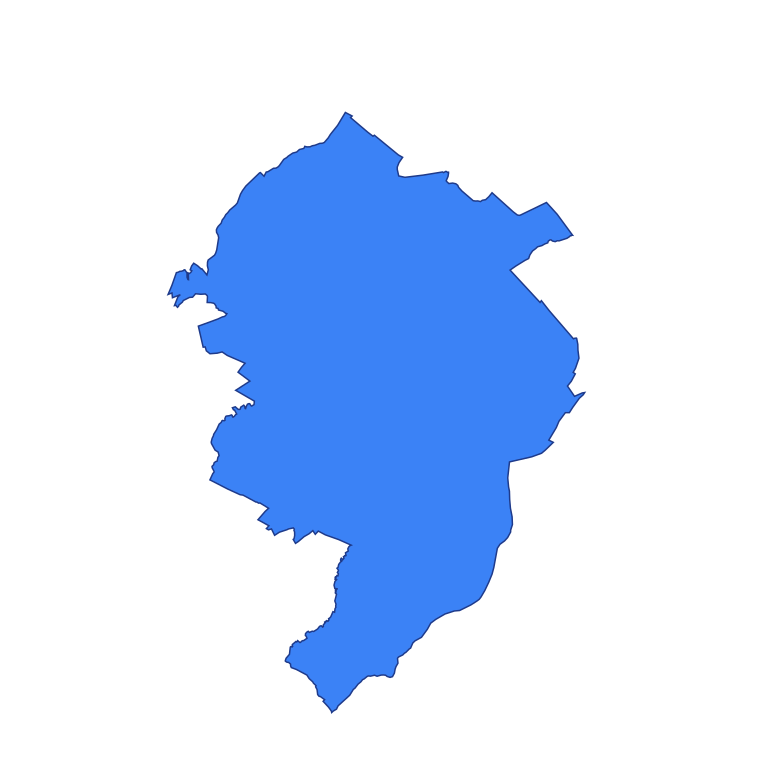 Tibanesti, Iasi, Romania (Mercator projection), rotated 235°
{"feature_id": "2599482B76304798258418", "entity_name": "Tibanesti", "entity_type": "district", "adm_level": 2, "iso_a3": "ROU", "parent_name": "Romania", "parent_adm1": "Iasi", "projection": "mercator", "projection_center": [27.32, 46.923], "detail": "fine", "context": "isolated", "style": "filled", "palette": "blue", "viewbox_px": 768, "rotation_deg": 235, "n_neighbors": 0, "source": "geoboundaries", "source_scale": "gbopen_adm2", "svg_char_len": 6171}
<svg xmlns="http://www.w3.org/2000/svg" viewBox="0 0 768 768"><g transform="rotate(235 384 384)"><path d="M439.5,621.2L444.1,592.8L444.5,591.6L445.9,590.2L450.9,588.6L478.7,582.2L477.3,577.3L476.7,573.0L478.1,569.9L478.1,567.7L480.2,565.8L481.3,564.0L483.0,562.2L497.5,558.5L502.3,557.9L504.4,558.4L506.8,557.7L509.2,555.5L511.0,552.1L513.8,551.5L514.8,551.5L517.3,555.5L519.8,557.9L520.5,558.3L520.9,557.4L522.1,557.1L522.7,556.6L523.0,554.1L524.1,553.6L532.7,535.8L541.3,519.7L546.0,515.4L552.1,517.9L554.1,519.3L556.7,523.2L559.0,529.3L563.3,527.2L593.3,518.8L593.3,517.1L599.6,515.1L621.4,509.4L621.8,511.6L628.6,508.1L622.5,494.4L619.2,483.2L617.6,479.5L616.1,473.6L616.6,471.5L617.9,469.5L619.2,464.3L620.3,461.9L620.7,459.5L622.4,456.9L624.1,455.4L623.2,454.1L623.1,453.1L624.6,449.2L624.1,445.5L625.5,441.7L625.6,436.2L625.3,434.3L625.5,430.7L622.9,423.4L622.6,421.4L622.8,419.3L624.1,417.2L624.5,410.6L625.2,409.1L623.0,404.9L628.1,404.0L628.3,403.1L625.4,384.4L623.6,379.1L621.8,375.3L616.4,367.7L615.7,365.0L615.0,357.5L613.9,354.2L613.5,351.6L612.1,348.8L611.1,345.5L609.1,342.8L608.3,338.8L607.6,337.0L606.4,335.1L604.2,333.8L601.2,333.5L598.7,332.5L589.8,323.9L587.7,321.1L586.7,319.0L586.4,311.1L585.0,309.3L582.1,307.1L578.3,305.6L574.9,301.5L582.9,300.9L583.1,300.2L587.9,299.1L592.1,297.4L591.0,294.1L588.7,290.7L587.0,291.5L586.2,289.6L586.2,287.7L587.2,287.3L581.6,283.7L582.1,283.3L584.4,283.9L587.9,286.3L591.7,286.4L592.2,285.7L591.9,284.9L592.7,282.4L593.4,281.5L593.6,279.6L594.3,277.8L586.5,266.9L581.2,258.5L580.2,262.5L576.0,260.2L574.0,268.4L573.7,265.3L568.4,257.3L567.7,258.7L565.3,258.8L565.5,260.2L566.3,261.3L566.7,265.8L567.5,267.5L566.5,274.3L564.9,277.0L566.0,281.4L562.6,285.4L560.2,289.3L557.8,289.9L556.8,289.5L552.2,285.9L550.0,288.8L547.9,290.8L546.8,291.2L544.1,291.1L542.6,290.2L541.0,291.4L539.5,290.9L535.9,293.9L532.8,294.8L531.7,295.6L531.1,294.1L530.8,292.2L531.7,290.0L532.5,285.3L537.9,265.1L517.9,257.0L516.9,258.8L513.1,257.5L508.6,258.8L504.9,265.1L503.1,269.8L497.3,272.0L480.7,282.1L479.4,276.9L477.4,271.2L463.3,275.8L463.9,258.9L444.3,268.0L441.7,265.7L441.8,263.0L442.6,262.6L444.9,262.7L445.4,262.1L445.8,260.6L444.5,258.1L443.2,256.5L443.6,256.2L445.8,257.1L447.1,257.0L447.2,253.3L446.0,252.0L445.9,251.3L446.9,250.0L450.6,249.1L451.5,246.2L449.2,245.9L448.3,246.6L443.9,246.1L444.0,244.7L443.4,243.0L443.4,241.3L444.1,241.1L445.4,241.6L446.2,241.3L446.8,239.0L448.1,236.6L448.2,235.8L447.0,233.9L445.5,232.9L445.6,232.0L446.8,230.8L446.8,230.1L445.9,228.6L445.7,226.0L442.6,220.7L440.5,215.7L439.4,214.5L438.1,212.1L435.5,209.1L434.1,208.5L426.7,207.7L423.4,209.1L419.9,207.8L419.2,205.9L416.5,203.0L417.0,201.6L416.9,199.7L415.5,198.0L415.2,195.9L413.9,195.2L410.0,194.7L409.3,194.2L408.8,192.4L405.3,186.4L387.3,195.9L375.9,202.6L373.8,204.8L360.7,211.4L360.3,212.1L358.4,212.9L357.6,214.2L348.4,218.2L347.8,213.6L345.1,202.9L333.9,208.4L333.0,204.7L330.8,205.7L329.8,208.7L322.8,207.6L322.6,213.3L320.3,220.9L320.0,222.8L318.1,227.2L316.5,227.3L315.8,226.3L314.1,225.9L311.1,223.9L308.8,221.5L308.8,220.5L304.2,220.1L304.1,223.5L304.8,231.0L304.3,236.9L304.7,241.6L300.3,241.5L301.2,245.8L294.1,249.4L282.6,257.6L270.8,264.7L271.1,263.1L270.7,261.5L269.7,259.8L267.7,258.9L267.8,255.6L265.3,254.5L265.2,254.1L266.0,253.3L265.6,252.4L265.8,251.8L264.2,251.2L263.8,249.7L265.8,249.1L265.4,248.1L264.4,247.3L263.7,247.3L263.4,248.1L263.0,247.5L263.2,246.4L262.2,243.4L260.1,241.1L260.1,239.8L257.8,239.9L257.1,239.4L256.4,237.7L254.8,237.8L253.3,236.2L254.1,235.5L253.5,234.5L253.9,233.9L253.7,233.2L253.0,233.4L252.2,232.9L252.6,232.4L252.2,231.9L250.9,232.8L250.5,230.7L247.9,227.7L244.7,226.4L243.2,228.1L242.9,227.8L243.3,226.4L242.8,225.9L242.3,226.4L241.7,225.9L241.8,225.2L241.2,224.6L240.4,224.8L240.4,224.3L239.0,224.5L234.5,219.3L231.2,218.4L229.9,217.1L228.7,216.5L228.1,215.1L225.4,212.6L226.8,211.6L223.8,206.8L223.4,204.7L223.6,204.1L222.5,203.7L222.0,202.9L221.8,201.9L223.0,201.5L223.0,198.8L222.6,198.7L222.4,199.4L221.4,196.0L220.1,195.2L220.1,194.3L221.8,194.0L222.3,193.1L222.4,192.1L221.4,189.1L221.6,184.5L222.7,183.4L223.3,180.4L224.9,180.1L225.0,178.4L224.5,176.5L223.0,175.3L222.1,175.6L219.9,175.1L219.9,171.0L220.4,170.2L220.6,168.9L220.2,167.4L220.5,166.8L223.3,166.1L222.8,165.1L222.8,164.5L223.6,164.2L223.2,159.5L222.4,158.8L221.6,158.8L221.3,158.0L222.3,157.0L222.2,156.3L216.8,151.5L215.5,146.5L214.0,144.5L213.4,144.2L211.8,144.9L210.6,146.2L208.2,146.8L206.6,145.8L204.9,145.4L200.4,148.5L189.8,153.9L185.6,153.7L180.9,154.8L179.5,154.6L175.9,155.3L175.2,154.3L172.1,153.9L167.6,151.5L165.4,151.7L164.5,152.6L159.5,154.3L159.0,152.1L151.3,153.2L146.4,153.3L144.9,152.7L145.2,154.8L144.9,158.6L146.7,161.8L148.7,177.4L151.4,183.7L151.5,185.8L153.0,190.5L153.3,194.3L154.1,196.8L153.8,198.6L154.1,202.4L153.8,203.8L152.4,205.4L150.9,209.2L148.6,210.7L147.2,214.7L146.0,216.6L144.5,218.3L142.7,218.8L140.2,220.7L139.4,223.1L141.2,226.7L144.0,229.5L145.6,231.7L147.3,235.3L151.5,237.7L151.9,238.6L152.0,239.6L151.3,244.0L151.8,246.4L151.6,247.8L152.5,252.9L152.4,254.3L155.3,259.0L155.8,262.1L155.0,269.4L158.2,278.8L161.3,285.1L161.5,291.5L160.6,302.1L157.7,311.5L155.1,316.0L153.2,328.5L152.9,335.7L153.0,338.5L153.8,341.1L157.0,348.1L161.6,356.2L166.3,363.5L170.7,368.7L184.4,382.6L186.2,387.1L186.3,392.7L187.3,397.2L190.1,402.8L191.7,404.0L195.2,408.6L201.8,412.8L209.7,416.3L217.3,420.7L224.3,425.3L228.2,427.0L236.1,431.5L248.2,442.1L239.6,463.3L236.9,473.4L237.3,478.0L239.1,489.2L243.5,486.8L249.5,500.2L253.1,505.9L256.5,516.1L254.2,519.4L256.6,525.2L260.3,535.9L260.9,541.0L261.9,543.5L263.0,541.2L264.6,533.0L277.1,533.1L278.8,539.0L282.6,546.5L285.0,545.6L287.0,549.8L293.3,558.5L300.5,562.3L305.3,565.5L310.9,568.0L311.3,567.9L312.1,566.4L312.4,565.1L349.3,561.4L362.0,560.7L361.3,558.6L405.0,552.6L405.0,559.6L404.4,570.5L403.8,574.4L406.1,577.6L407.8,582.0L407.9,585.9L408.3,588.5L406.8,592.7L406.5,596.1L405.7,599.1L406.8,600.5L406.8,602.7L406.2,603.5L404.5,604.0L402.4,605.9L402.0,608.0L400.8,609.6L398.4,617.5L398.3,620.4L398.6,621.9L398.1,622.3L398.1,623.3L397.7,623.8L423.8,623.2L439.5,621.2Z" fill="#3b82f6" stroke="#1e3a8a" stroke-width="1.5"/></g></svg>